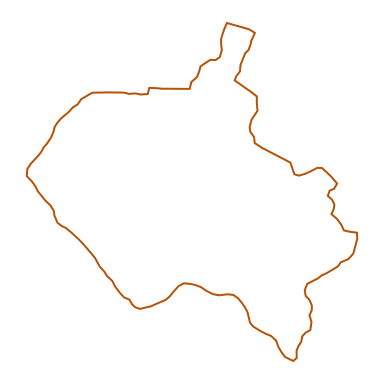 the district of Jitaúna, Bahia, Brazil
{"feature_id": "56859067B22385713067819", "entity_name": "Jitaúna", "entity_type": "district", "adm_level": 2, "iso_a3": "BRA", "parent_name": "Brazil", "parent_adm1": "Bahia", "projection": "mercator", "projection_center": [-39.857, -13.954], "detail": "fine", "context": "isolated", "style": "outline", "palette": "amber", "viewbox_px": 384, "rotation_deg": 0, "n_neighbors": 0, "source": "geoboundaries", "source_scale": "gbopen_adm2", "svg_char_len": 2105}
<svg xmlns="http://www.w3.org/2000/svg" viewBox="0 0 384 384"><path d="M296.7,358.0L296.6,350.4L298.4,346.2L301.3,341.7L302.2,336.4L305.6,332.7L310.3,330.1L311.5,322.2L309.5,315.2L311.8,310.1L311.8,305.4L309.3,299.6L305.7,296.0L304.7,290.1L307.4,283.8L313.2,280.8L318.0,278.4L321.5,275.5L326.4,273.3L333.7,269.0L337.8,266.5L340.7,262.4L348.5,259.0L353.3,253.6L357.2,239.2L357.0,232.7L349.5,231.7L343.9,230.4L341.4,225.0L337.0,218.9L331.4,214.1L333.7,209.3L334.4,204.5L332.0,199.6L327.8,195.9L329.7,190.6L334.1,188.8L337.1,183.6L331.7,177.1L327.8,173.3L322.0,168.0L317.4,167.8L310.7,171.3L305.2,173.8L299.1,175.6L294.4,174.3L290.4,162.6L285.1,159.8L262.9,148.3L254.7,143.1L254.1,137.2L250.2,131.5L249.7,126.8L251.5,119.9L254.4,115.4L257.5,110.8L256.8,103.0L256.8,96.4L251.3,92.1L234.7,80.4L236.4,76.1L240.0,71.4L240.5,64.9L243.0,58.8L245.1,53.4L248.6,49.9L250.3,45.3L251.3,40.8L254.9,32.9L249.1,29.3L226.9,23.0L224.4,28.8L222.4,34.6L221.1,39.1L221.1,43.8L221.8,50.1L219.8,57.1L215.5,60.1L210.4,59.8L205.0,63.3L200.5,66.4L199.2,71.4L197.0,77.1L191.4,81.9L189.7,88.9L161.5,88.7L156.9,88.2L149.3,87.9L147.7,94.0L140.6,94.5L135.3,93.4L129.2,93.9L123.8,92.6L108.8,92.4L92.3,92.7L81.3,99.1L77.6,104.4L72.6,107.6L69.7,111.0L65.8,114.5L61.3,118.2L57.4,122.7L54.6,127.0L53.6,131.4L51.1,137.5L47.0,143.6L43.8,147.3L41.0,152.3L37.1,157.0L30.9,163.6L27.3,169.1L26.8,176.1L32.0,181.6L35.4,186.3L37.7,191.1L41.2,195.4L45.3,200.6L50.6,205.6L53.8,210.9L54.5,215.9L57.5,222.7L61.6,225.9L66.2,228.2L72.3,233.4L79.4,240.0L83.5,244.3L90.5,252.5L94.9,257.8L99.8,266.7L104.0,271.2L107.1,276.0L112.2,280.8L115.0,286.3L120.1,293.1L124.3,297.6L129.4,299.5L132.1,304.4L135.5,307.4L140.1,308.9L145.3,307.6L150.8,306.4L157.2,303.5L165.4,300.0L169.3,296.8L173.2,292.1L178.6,286.1L183.9,283.3L189.2,283.8L194.6,284.8L200.7,287.0L206.0,290.6L212.8,294.1L219.1,295.3L227.4,294.3L233.3,294.9L238.1,298.3L241.5,302.4L244.2,306.1L247.4,311.8L248.5,316.3L250.0,322.6L253.0,326.4L260.2,330.9L265.6,333.7L271.0,335.9L276.1,340.6L278.4,346.9L281.4,352.0L285.1,357.0L293.3,361.0L296.7,358.0Z" fill="none" stroke="#b45309" stroke-width="2"/></svg>